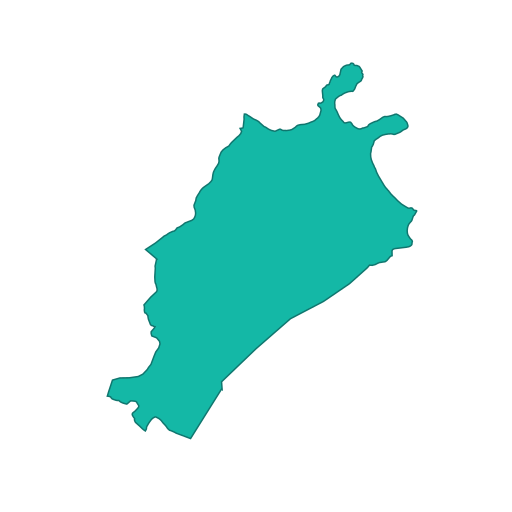 Monchy/Mount Layau, Gros Islet, Saint Lucia, rotated 341°
{"feature_id": "8701671B54690332526022", "entity_name": "Monchy/Mount Layau", "entity_type": "district", "adm_level": 2, "iso_a3": "LCA", "parent_name": "Saint Lucia", "parent_adm1": "Gros Islet", "projection": "mercator", "projection_center": [-60.92, 14.069], "detail": "fine", "context": "isolated", "style": "filled", "palette": "teal", "viewbox_px": 512, "rotation_deg": 341, "n_neighbors": 0, "source": "geoboundaries", "source_scale": "gbopen_adm2", "svg_char_len": 6118}
<svg xmlns="http://www.w3.org/2000/svg" viewBox="0 0 512 512"><g transform="rotate(341 256 256)"><path d="M153.7,213.9L161.3,226.7L160.7,226.8L160.6,227.3L157.3,232.7L156.8,234.8L153.5,242.8L152.2,247.3L152.0,248.9L152.2,250.2L151.9,252.7L151.8,254.7L151.3,256.3L150.3,257.4L143.1,260.6L134.1,265.8L134.1,266.9L133.5,269.2L132.8,270.7L132.4,272.7L132.6,273.8L133.5,274.3L133.6,275.0L134.4,277.3L134.1,278.1L133.7,280.7L133.9,286.5L134.5,287.6L135.3,288.2L135.7,288.3L136.1,288.9L136.3,289.0L137.0,289.9L137.4,290.0L136.3,291.1L132.3,293.4L131.7,294.8L131.5,296.5L131.5,297.7L135.4,301.0L137.0,305.3L136.6,307.9L134.1,311.2L130.0,314.1L127.1,317.4L121.4,324.3L118.2,326.3L116.3,327.9L110.5,330.9L105.4,331.6L96.5,329.9L87.6,327.0L79.9,326.6L72.6,336.2L69.8,340.1L71.2,340.8L72.6,341.8L73.0,343.3L73.5,344.3L74.9,345.5L76.9,347.0L77.9,347.5L79.3,348.0L80.2,349.6L80.8,350.3L82.3,351.7L83.7,352.7L85.5,353.9L85.9,353.9L90.1,352.2L91.5,352.6L94.1,353.8L95.0,354.4L95.6,355.3L95.7,356.4L96.2,358.4L96.4,359.4L96.0,360.3L95.6,360.8L93.8,361.9L91.1,363.3L88.8,364.1L88.0,364.5L87.5,365.2L87.3,365.9L87.4,366.9L87.8,368.7L88.3,370.1L88.2,370.5L87.8,371.1L87.7,371.5L87.7,372.8L87.9,374.1L89.9,377.7L90.6,378.9L92.3,382.3L93.2,383.8L94.4,385.4L95.4,384.5L96.1,383.8L96.7,382.4L97.2,381.7L99.7,379.5L101.1,378.4L103.6,376.7L104.8,376.1L106.2,375.6L108.3,375.3L109.1,375.8L111.3,378.1L112.2,379.5L112.9,380.9L113.7,383.4L115.1,386.5L115.7,388.1L116.3,390.4L117.5,392.6L118.8,393.5L121.6,396.1L122.8,397.5L134.7,407.3L180.1,370.6L180.5,371.2L182.5,363.7L225.8,343.7L268.2,326.5L305.1,320.9L335.4,312.6L357.5,303.3L360.3,301.6L363.0,302.7L363.7,302.7L364.4,302.8L366.0,302.9L368.7,302.5L370.7,302.4L372.0,302.7L373.4,302.9L375.9,303.4L376.6,303.4L378.4,302.8L382.6,300.3L383.5,300.1L384.5,299.9L384.8,300.0L384.9,299.7L386.3,295.3L387.3,294.4L388.3,294.2L389.6,294.2L395.7,295.5L400.8,296.6L403.6,297.0L404.5,296.9L405.3,296.8L406.3,296.4L407.0,296.0L407.5,295.1L407.8,294.3L408.6,293.1L408.6,292.6L408.4,291.5L407.7,290.3L407.1,288.4L406.5,285.8L406.5,284.6L406.6,283.6L407.2,281.2L408.3,278.9L409.0,277.8L410.0,276.5L410.9,275.6L412.6,274.5L414.3,273.6L415.0,273.0L417.1,270.2L417.9,269.3L419.2,268.8L421.1,267.1L422.4,266.0L422.6,265.7L422.5,265.4L421.9,265.0L420.5,264.3L420.2,263.9L419.9,263.6L419.8,263.0L419.3,261.7L418.9,261.3L418.0,260.9L416.2,260.7L415.3,260.1L413.3,257.8L410.4,254.2L407.9,249.8L406.2,246.1L404.9,243.7L404.0,241.7L403.8,241.4L403.4,240.3L403.2,239.4L402.8,238.7L402.7,237.9L402.0,236.5L401.8,235.8L400.7,233.2L400.0,230.6L399.5,228.1L399.2,226.8L399.0,225.8L397.8,220.1L397.3,216.1L397.3,212.4L396.9,210.5L396.9,208.8L396.7,207.5L396.5,206.1L396.4,202.3L396.7,199.8L397.6,196.7L398.0,195.9L398.6,195.0L400.8,190.7L401.8,190.0L403.3,188.5L405.3,185.6L407.5,184.7L408.5,184.5L410.4,184.0L412.2,183.3L414.9,182.9L418.1,183.2L421.0,183.7L422.2,184.1L422.7,184.1L424.6,185.0L425.7,185.8L426.9,186.2L432.1,185.9L433.2,185.7L436.4,184.7L438.6,184.6L439.4,184.5L440.4,184.2L441.0,183.8L441.7,183.2L442.1,182.1L442.2,179.3L441.9,177.9L441.6,177.4L441.2,176.3L440.1,173.6L436.1,168.6L434.7,167.4L433.8,167.4L433.2,167.2L432.7,167.4L428.7,167.3L427.4,167.1L426.6,167.1L424.5,166.6L423.4,166.1L422.9,166.0L421.0,166.1L417.3,167.2L414.3,167.8L412.5,167.6L410.6,167.7L407.1,168.1L405.7,168.5L404.9,168.9L404.1,169.7L403.3,170.0L400.0,170.0L398.9,169.9L398.5,169.7L397.0,169.9L395.8,169.8L394.5,169.3L394.1,169.0L393.1,168.1L391.4,166.2L391.1,165.7L390.8,165.3L390.0,163.8L389.7,162.1L389.0,160.3L388.0,159.8L387.0,159.6L384.3,159.4L383.3,159.1L382.8,158.7L382.5,158.3L382.0,156.8L381.4,155.7L381.2,155.1L380.9,154.6L380.7,153.8L380.3,152.5L380.1,151.4L379.8,148.9L379.6,146.1L379.3,144.1L379.0,142.8L378.9,141.9L379.2,140.6L379.8,138.7L380.0,137.6L380.7,135.7L381.9,133.9L382.6,133.3L385.9,132.1L387.4,131.7L389.2,131.7L390.3,131.3L392.8,130.8L396.4,130.7L397.9,130.9L400.2,131.4L401.0,131.8L401.7,131.6L403.7,130.2L405.7,127.8L407.7,125.9L410.4,125.1L412.1,124.7L412.7,124.3L414.0,122.8L414.8,122.2L415.5,121.3L415.5,120.7L415.7,119.8L416.2,119.2L416.1,118.4L415.7,117.5L415.7,116.9L416.2,116.0L416.6,115.7L415.6,111.3L415.2,110.3L413.4,108.7L411.5,108.0L410.9,107.4L410.9,106.4L410.4,105.5L409.3,104.8L408.3,104.7L407.0,105.6L406.2,105.6L404.1,105.1L402.7,105.1L400.4,105.4L397.2,107.1L394.3,111.9L393.0,112.9L391.8,113.2L390.9,113.2L390.0,112.5L389.5,110.9L389.0,110.6L387.3,111.0L385.8,112.0L384.5,113.4L383.5,114.3L382.5,115.7L381.5,116.7L381.2,117.4L380.4,117.7L378.8,117.4L377.9,117.8L376.9,118.6L374.3,119.4L373.4,119.8L372.5,121.3L371.3,126.4L370.8,127.6L370.8,128.9L371.0,129.3L370.9,130.4L370.2,131.4L369.3,132.1L368.2,132.3L367.7,132.5L366.5,132.5L365.5,131.9L365.2,132.0L364.7,131.9L363.6,133.2L363.6,134.1L365.2,136.8L365.2,138.3L364.9,139.5L362.2,143.5L360.6,144.9L360.2,145.0L359.3,145.6L358.0,146.0L355.6,147.0L353.4,147.3L351.2,147.3L349.8,147.5L348.2,147.5L344.8,147.3L341.0,146.3L338.3,146.0L336.7,146.3L335.1,147.1L331.1,148.1L329.0,148.0L325.1,147.2L324.6,146.8L323.1,146.4L321.7,145.6L320.4,144.1L319.5,143.8L314.6,144.3L311.3,142.2L309.2,140.2L307.0,137.3L305.8,136.3L302.7,130.8L302.4,129.9L300.5,127.7L298.2,125.6L295.2,121.6L294.4,120.8L293.2,119.1L292.5,118.5L291.2,118.0L290.0,120.4L289.5,121.9L289.5,122.3L289.0,123.4L285.9,129.9L285.6,130.4L285.2,130.7L282.5,130.2L283.0,133.4L281.4,135.3L279.1,136.7L276.6,137.6L269.7,140.8L268.2,141.7L266.1,143.2L262.7,143.8L259.4,144.9L256.9,146.4L255.0,148.5L253.2,150.6L252.6,151.7L252.3,153.0L251.9,154.4L250.9,156.1L248.7,158.0L246.0,160.0L244.0,161.9L243.0,163.0L241.8,164.9L240.0,168.5L239.4,169.5L239.2,169.8L237.7,170.9L234.7,172.4L233.7,172.6L228.9,174.0L227.8,174.4L225.9,175.4L224.1,176.7L223.2,177.6L220.5,179.7L218.9,181.2L218.4,181.6L217.1,184.0L213.9,187.8L213.4,189.8L213.5,192.7L212.9,195.7L212.0,197.7L210.9,199.1L209.2,200.7L206.8,201.4L202.9,201.5L201.7,201.6L200.1,201.6L199.1,201.8L197.2,202.6L193.4,203.6L192.4,203.7L191.0,203.7L190.4,203.8L188.6,205.1L186.9,205.8L185.3,205.6L182.0,205.9L180.1,206.3L178.4,206.9L175.4,207.3L173.7,208.0L165.2,211.0L153.7,213.9Z" fill="#14b8a6" stroke="#0f766e" stroke-width="1.5"/></g></svg>